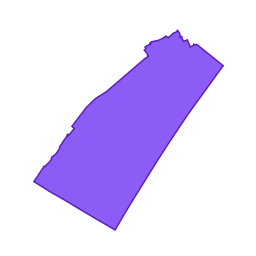 Noordwijk, Zuid-Holland, Netherlands, rotated 187°
{"feature_id": "6326949B12806125708238", "entity_name": "Noordwijk", "entity_type": "district", "adm_level": 2, "iso_a3": "NLD", "parent_name": "Netherlands", "parent_adm1": "Zuid-Holland", "projection": "albers", "projection_center": [4.48, 52.27], "detail": "fine", "context": "isolated", "style": "filled", "palette": "violet", "viewbox_px": 256, "rotation_deg": 187, "n_neighbors": 0, "source": "geoboundaries", "source_scale": "gbopen_adm2", "svg_char_len": 4329}
<svg xmlns="http://www.w3.org/2000/svg" viewBox="0 0 256 256"><g transform="rotate(187 128 128)"><path d="M198.4,55.6L197.2,55.1L194.9,54.1L194.4,53.9L181.3,48.4L174.0,45.1L163.0,40.2L146.1,32.8L144.6,32.2L128.4,25.2L121.3,41.8L114.0,57.9L107.7,71.5L99.7,88.8L93.9,101.2L86.7,116.1L70.9,147.5L63.7,160.7L55.4,175.6L47.3,190.4L41.1,201.4L68.7,218.6L68.8,218.6L69.2,218.8L69.6,219.3L69.8,219.3L70.1,219.4L70.3,219.4L70.5,219.4L71.0,219.1L70.9,219.0L71.8,218.6L72.0,218.6L72.4,218.6L72.5,218.7L72.6,218.8L72.6,219.0L72.9,219.2L72.9,218.9L73.0,218.8L73.0,218.7L73.1,218.4L73.2,218.2L73.3,218.0L73.4,217.9L73.5,217.8L73.7,217.7L73.8,217.4L74.0,217.3L74.6,217.0L74.6,216.9L76.1,216.1L76.3,216.5L77.5,218.6L78.0,219.6L78.2,219.9L79.8,222.7L83.7,220.7L84.6,222.7L84.8,222.6L85.1,223.4L85.5,224.4L85.6,224.8L85.8,225.3L85.9,225.5L86.6,225.1L86.8,224.9L87.1,224.7L87.6,224.5L87.6,225.3L87.6,225.5L87.7,225.9L87.7,226.2L87.7,226.3L87.8,226.5L87.9,227.0L87.9,227.3L88.0,227.5L88.2,227.8L88.3,228.1L88.4,228.4L88.5,228.5L89.0,229.2L89.1,229.4L89.1,229.5L89.3,229.6L89.5,229.7L89.6,229.8L89.8,230.0L90.0,230.2L90.4,230.6L90.7,230.8L90.7,230.6L90.8,230.5L91.0,230.4L91.1,230.2L91.5,229.6L92.1,229.0L92.1,228.9L92.3,228.8L92.8,228.6L93.3,228.4L94.9,227.4L95.0,227.3L95.0,227.2L95.2,226.8L95.2,226.7L95.3,226.6L95.6,226.2L96.2,225.6L96.9,224.8L97.2,224.5L97.3,224.3L97.6,224.0L97.8,223.8L97.9,223.7L98.1,223.5L98.2,223.4L98.3,223.4L98.3,223.2L98.4,222.9L98.8,222.5L98.9,222.4L99.0,222.3L99.3,222.6L100.1,223.1L100.8,223.6L101.0,223.7L101.3,223.6L101.5,223.6L101.8,223.7L102.0,223.4L102.2,223.2L102.3,223.1L102.4,222.9L102.4,222.7L102.5,222.6L103.2,222.3L103.4,222.3L103.4,222.2L103.5,222.2L103.8,221.8L103.8,221.7L104.0,221.6L104.5,221.3L104.7,221.1L104.9,221.0L105.1,220.9L105.3,220.7L105.6,220.5L106.0,220.2L106.3,220.0L106.5,219.8L106.7,219.7L107.1,219.5L107.6,219.3L109.0,218.6L110.2,218.0L110.4,218.1L110.7,217.9L110.8,217.8L111.4,217.6L111.5,217.5L112.2,217.6L112.4,217.6L112.6,217.5L112.8,217.4L113.0,217.1L113.3,216.9L113.6,216.9L113.9,216.8L114.2,216.7L114.5,216.7L115.5,216.1L116.0,215.5L116.6,215.1L115.6,213.9L116.1,213.6L116.8,213.3L117.0,213.6L117.2,213.4L117.6,213.0L117.7,212.8L117.8,212.7L118.2,212.5L118.6,212.3L118.7,212.2L118.9,212.1L119.2,211.9L119.4,211.8L119.5,211.8L119.6,211.4L120.2,210.9L120.4,210.8L120.9,210.6L121.0,210.4L119.8,209.2L121.4,207.2L121.2,207.0L120.8,206.8L119.4,205.4L118.8,204.9L118.3,204.4L117.7,203.9L117.7,203.7L117.8,203.5L117.8,203.4L117.4,202.8L116.7,201.8L116.9,201.8L116.9,201.7L117.0,201.7L116.9,201.5L117.6,200.7L118.5,199.7L119.2,199.2L119.3,199.3L119.6,199.1L123.4,194.9L132.4,185.0L139.6,177.1L146.8,169.2L148.8,167.0L150.5,165.1L152.7,162.7L153.1,162.3L153.9,161.4L155.0,160.5L157.0,158.9L159.3,157.0L160.6,155.9L162.8,154.2L163.1,153.9L163.4,153.6L164.4,152.4L164.5,152.5L166.7,149.8L167.7,148.5L168.3,147.7L170.0,145.6L170.7,144.8L171.8,143.4L172.6,142.0L173.7,140.2L175.1,137.7L175.8,136.5L177.0,134.6L178.4,132.2L178.7,131.7L179.9,129.6L180.1,129.4L181.3,127.3L183.7,123.1L183.9,122.8L182.6,121.8L182.1,121.5L181.7,121.3L181.2,121.1L183.3,117.7L186.0,113.4L186.3,113.0L186.5,112.8L186.6,113.1L187.0,114.5L187.5,114.1L187.5,112.9L187.8,112.3L187.7,112.2L188.0,111.6L188.3,111.1L188.4,110.9L188.5,110.6L188.6,110.4L188.8,110.1L189.0,109.8L189.2,109.4L189.6,108.9L190.2,107.7L190.5,107.3L190.6,107.2L190.7,106.8L191.7,104.6L191.9,104.3L192.0,104.1L192.2,103.6L192.5,102.9L192.7,102.6L192.8,102.4L193.2,101.5L193.6,100.7L193.6,100.2L193.5,99.9L193.4,99.7L193.4,99.4L193.7,98.7L193.9,98.3L194.1,97.9L194.6,96.9L194.8,96.6L195.0,96.2L195.1,95.9L195.7,95.0L196.1,94.2L196.3,93.8L196.5,93.3L196.7,93.0L196.9,92.8L197.6,92.2L197.9,91.9L198.4,91.5L198.9,91.0L199.0,90.9L199.3,90.6L199.5,90.5L199.7,90.3L199.8,90.2L200.0,89.9L200.1,89.6L200.1,89.4L200.2,89.2L200.3,88.8L200.3,88.6L200.4,88.4L200.4,88.2L200.3,87.6L200.3,87.4L200.4,87.1L200.5,86.9L200.7,86.6L200.7,86.4L200.8,86.3L201.3,85.6L201.4,85.4L201.7,84.9L202.0,84.5L202.1,84.2L202.3,83.9L202.9,83.3L203.4,82.8L203.7,82.4L203.9,82.1L204.0,82.1L204.1,81.9L204.3,81.6L204.4,81.4L204.6,81.1L204.8,80.9L205.6,79.5L206.5,80.0L213.3,66.4L214.9,63.3L211.8,61.9L209.3,60.8L208.9,60.6L208.8,60.4L205.2,58.9L205.1,59.0L202.6,57.5L201.9,57.2L200.9,56.8L199.5,56.1L198.7,55.7L198.4,55.6Z" fill="#8b5cf6" stroke="#5b21b6" stroke-width="1.5"/></g></svg>